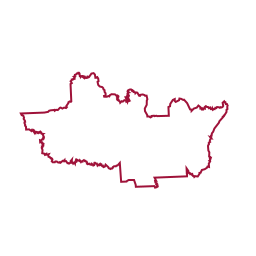 Corangamite, Victoria, Australia (Robinson projection), rotated 259°
{"feature_id": "25037944B62573329843514", "entity_name": "Corangamite", "entity_type": "district", "adm_level": 2, "iso_a3": "AUS", "parent_name": "Australia", "parent_adm1": "Victoria", "projection": "robinson", "projection_center": [143.247, -38.216], "detail": "fine", "context": "isolated", "style": "outline", "palette": "rose", "viewbox_px": 256, "rotation_deg": 259, "n_neighbors": 0, "source": "geoboundaries", "source_scale": "gbopen_adm2", "svg_char_len": 5819}
<svg xmlns="http://www.w3.org/2000/svg" viewBox="0 0 256 256"><g transform="rotate(259 128 128)"><path d="M108.3,57.7L108.3,58.6L107.8,58.8L108.5,59.6L107.4,59.5L107.3,60.9L105.0,61.9L104.9,62.9L104.3,63.3L104.9,64.9L104.6,66.0L105.5,66.1L105.8,65.6L106.3,66.2L106.7,65.7L107.6,66.8L105.8,66.1L104.8,67.1L103.5,67.4L104.4,68.8L103.2,69.2L104.4,69.6L104.7,71.0L105.1,71.3L106.3,70.6L107.1,71.2L104.9,74.0L105.5,74.5L103.5,75.3L104.1,76.0L103.7,76.9L104.3,77.1L104.9,78.6L103.8,79.2L103.9,80.0L102.9,80.4L102.8,81.0L101.4,81.4L100.8,80.9L100.1,81.6L100.3,83.5L99.4,83.8L98.9,84.9L99.8,85.6L98.8,86.3L98.6,85.8L98.6,86.4L97.8,86.7L98.0,87.7L99.9,88.3L99.5,89.0L99.9,89.2L99.0,90.0L99.0,90.6L97.0,90.9L97.7,91.8L97.1,92.6L97.5,93.1L96.9,93.0L97.0,93.7L97.5,93.7L97.1,94.5L97.7,94.5L97.5,94.9L96.3,94.8L95.3,95.6L95.7,96.2L94.3,96.7L94.6,98.0L96.3,99.0L93.3,101.2L92.2,101.4L91.1,103.0L91.6,103.7L91.2,104.5L91.9,105.6L92.5,105.7L93.1,107.0L92.7,108.8L93.3,109.5L93.2,110.6L95.3,113.3L76.5,111.0L75.7,116.4L76.2,116.9L76.8,118.7L75.8,124.0L70.9,124.7L68.8,124.5L65.9,142.9L64.3,143.2L64.4,144.8L64.8,145.8L65.4,145.4L66.2,146.1L67.3,145.0L68.1,145.8L69.2,144.5L70.9,144.5L70.7,145.6L74.2,144.6L69.3,176.7L72.5,177.5L72.5,177.1L77.2,177.8L74.2,179.1L72.4,178.9L72.0,180.1L70.9,180.2L71.0,181.0L70.2,181.4L70.5,182.3L68.7,182.5L68.3,183.5L67.3,183.7L67.9,184.8L67.1,187.2L69.3,189.4L70.3,189.6L70.2,190.7L72.7,192.5L72.9,195.4L73.9,197.9L75.0,198.7L74.3,200.1L77.6,200.5L79.5,202.2L80.3,201.6L80.6,202.3L81.8,202.5L82.1,202.9L81.8,203.0L82.9,203.6L83.0,202.7L84.0,203.0L84.5,202.2L88.6,203.2L90.5,202.6L94.4,203.0L95.6,203.3L96.7,204.4L97.9,204.4L98.6,205.8L99.0,205.5L100.8,206.3L101.2,206.9L100.7,207.4L101.5,207.0L102.3,207.4L103.0,207.1L102.7,207.5L103.2,207.3L103.1,207.7L103.8,207.5L104.6,208.0L104.5,208.6L106.7,209.3L108.1,210.9L111.0,212.7L115.8,218.2L117.2,219.0L120.4,223.2L121.0,223.2L121.2,224.3L122.0,224.5L122.1,225.1L124.9,227.7L127.1,228.2L127.6,229.2L130.0,229.5L131.6,230.4L131.3,230.0L132.6,229.7L132.8,228.6L134.7,228.5L134.7,227.8L135.8,227.5L134.7,225.7L131.5,225.7L130.5,224.7L130.3,223.5L130.8,222.7L130.3,222.0L131.0,221.2L131.6,219.4L130.7,218.5L131.2,217.6L130.0,216.7L130.3,216.0L129.7,214.8L131.4,214.5L130.5,213.9L130.7,212.9L132.5,212.5L132.0,211.2L133.3,210.6L133.6,209.4L134.6,208.6L134.0,207.4L132.6,207.2L133.1,206.6L132.0,205.7L132.4,205.4L132.1,204.7L132.9,204.6L132.5,203.8L133.5,203.6L133.4,202.8L134.7,203.0L136.6,201.4L134.9,199.4L134.5,196.3L132.7,193.7L133.9,193.9L134.4,192.5L141.1,190.8L145.1,188.4L145.0,187.6L146.5,185.7L147.1,184.1L145.5,183.4L144.5,179.8L145.7,179.0L147.5,179.4L147.0,177.4L143.6,174.1L141.3,173.4L140.9,171.7L132.2,170.4L134.1,158.9L134.6,158.2L134.6,156.2L135.1,155.9L135.3,153.4L134.5,153.3L134.1,152.1L135.4,150.7L135.6,149.2L137.2,149.3L141.3,147.9L143.9,148.2L147.2,150.8L151.4,151.7L152.5,152.5L156.2,152.4L156.4,150.9L157.1,150.6L158.1,148.9L158.2,146.3L157.3,145.9L157.5,145.1L160.9,143.9L161.4,142.7L160.8,141.9L161.5,141.9L162.1,140.8L161.4,140.4L162.9,140.6L163.2,139.7L163.6,140.1L164.4,139.5L164.6,139.1L164.3,138.9L165.3,138.3L165.4,136.8L164.8,135.0L164.1,134.6L162.8,135.7L162.8,134.7L162.0,134.7L161.9,134.3L159.6,135.1L158.9,134.7L158.4,134.2L159.8,134.0L160.1,134.4L159.9,133.7L160.2,133.6L158.9,133.1L159.2,132.7L158.9,132.3L158.0,132.6L158.4,131.5L156.3,132.0L156.4,132.8L157.2,133.3L157.1,134.0L155.1,134.6L155.5,133.7L154.3,133.8L154.4,132.9L153.7,132.5L154.4,132.4L154.1,131.4L155.0,131.4L156.0,129.7L154.9,127.9L155.5,126.9L154.3,125.2L155.6,125.1L156.8,123.8L157.0,124.2L157.8,124.1L158.4,123.4L158.2,122.8L158.6,122.7L159.3,123.5L159.8,123.3L159.7,123.8L160.5,124.6L161.2,124.6L161.9,123.9L161.5,123.3L163.5,121.6L164.3,118.3L163.7,116.5L162.6,115.7L163.1,114.9L162.7,113.1L163.3,112.1L163.0,111.7L163.3,110.6L164.0,110.6L164.0,111.8L164.5,112.3L166.4,112.6L167.9,111.9L169.6,112.2L170.6,111.3L171.8,111.3L173.0,110.6L174.2,108.1L176.0,107.0L179.1,106.9L179.6,108.0L182.4,108.2L183.2,107.7L183.3,107.0L183.8,107.2L183.6,105.6L186.8,105.7L188.4,104.7L188.4,102.5L185.5,99.5L186.1,98.3L185.1,98.1L185.0,96.9L185.5,96.0L185.0,94.8L185.6,94.3L186.1,95.4L186.6,93.9L187.1,94.6L187.7,93.4L187.8,91.7L187.4,91.3L188.1,91.3L188.2,90.6L190.8,90.8L191.6,90.4L191.7,89.7L190.9,89.4L191.3,88.2L190.3,86.9L190.3,86.0L189.0,85.5L188.8,84.9L188.3,85.7L187.7,84.9L186.5,85.0L186.4,84.4L186.9,84.3L186.5,83.2L186.1,83.0L186.3,82.0L185.6,81.8L184.8,80.6L182.8,81.4L182.2,80.0L164.9,77.4L164.6,76.9L165.2,75.7L164.6,74.4L163.9,74.3L161.3,71.6L160.6,71.4L160.1,71.9L159.4,71.0L160.2,69.2L159.6,67.3L160.9,65.8L160.8,65.0L159.0,62.5L159.6,60.9L159.2,60.0L159.6,59.6L159.1,59.2L159.8,58.8L160.1,55.5L160.0,53.9L159.1,52.7L159.1,48.8L162.7,25.6L160.9,26.1L160.0,27.6L157.9,27.9L156.9,27.3L154.8,28.2L153.6,28.2L153.4,27.5L152.7,27.3L150.7,27.7L149.9,27.4L148.8,28.1L145.9,27.7L145.5,30.7L143.8,32.3L144.3,33.0L143.9,33.0L144.2,33.4L143.7,33.7L144.2,34.7L143.7,35.2L142.8,34.8L142.4,35.5L141.8,35.0L140.9,35.4L141.8,35.9L141.1,36.3L141.9,36.8L141.2,38.4L140.5,38.3L140.9,39.6L141.6,39.8L140.2,39.7L140.4,40.3L141.0,40.2L141.2,41.2L140.1,41.4L140.1,42.0L138.9,42.1L138.4,43.6L138.1,43.0L135.4,43.7L135.1,43.1L134.3,43.5L133.5,43.0L133.6,42.4L133.1,42.2L133.3,41.6L132.2,40.3L132.8,39.3L130.9,39.1L131.1,39.6L130.0,40.3L130.1,41.0L129.5,41.0L128.9,41.8L128.2,40.9L127.4,41.0L127.8,41.2L127.5,41.7L126.6,41.4L126.4,40.0L125.2,40.2L124.9,39.5L122.7,39.9L119.6,39.0L118.7,41.1L117.7,41.3L118.1,42.5L117.6,42.3L117.8,43.1L117.3,43.3L117.4,45.2L116.6,44.5L114.9,44.5L114.3,45.8L113.0,46.2L112.6,46.7L112.9,47.2L112.2,47.7L111.3,47.8L109.9,46.8L108.7,47.6L108.3,49.6L109.0,50.3L108.7,51.7L107.7,52.5L107.3,53.3L107.5,54.3L107.0,54.3L106.7,55.0L108.3,57.7ZM101.7,207.7L102.3,207.6L102.0,207.5L101.7,207.7Z" fill="none" stroke="#9f1239" stroke-width="2"/></g></svg>